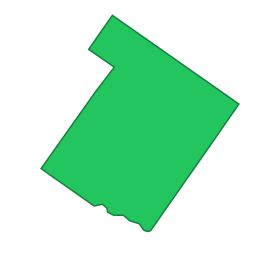 the district of Lawrence, South Dakota, United States of America, rotated 215°
{"feature_id": "52423323B97132766145301", "entity_name": "Lawrence", "entity_type": "district", "adm_level": 2, "iso_a3": "USA", "parent_name": "United States of America", "parent_adm1": "South Dakota", "projection": "mercator", "projection_center": [-103.839, 44.373], "detail": "fine", "context": "isolated", "style": "filled", "palette": "green", "viewbox_px": 256, "rotation_deg": 215, "n_neighbors": 0, "source": "geoboundaries", "source_scale": "gbopen_adm2", "svg_char_len": 441}
<svg xmlns="http://www.w3.org/2000/svg" viewBox="0 0 256 256"><g transform="rotate(215 128 128)"><path d="M50.9,197.1L50.9,211.2L170.3,211.3L205.4,211.3L205.4,196.0L205.3,169.8L174.1,170.0L175.4,138.4L175.9,44.9L157.6,44.8L111.0,44.7L105.2,50.9L99.1,50.2L96.5,47.3L89.8,48.3L81.7,53.9L73.3,53.0L64.1,56.0L56.0,53.3L52.1,54.8L50.6,56.9L50.6,66.8L50.6,76.0L50.7,172.2L50.9,197.1Z" fill="#22c55e" stroke="#15803d" stroke-width="1.5"/></g></svg>